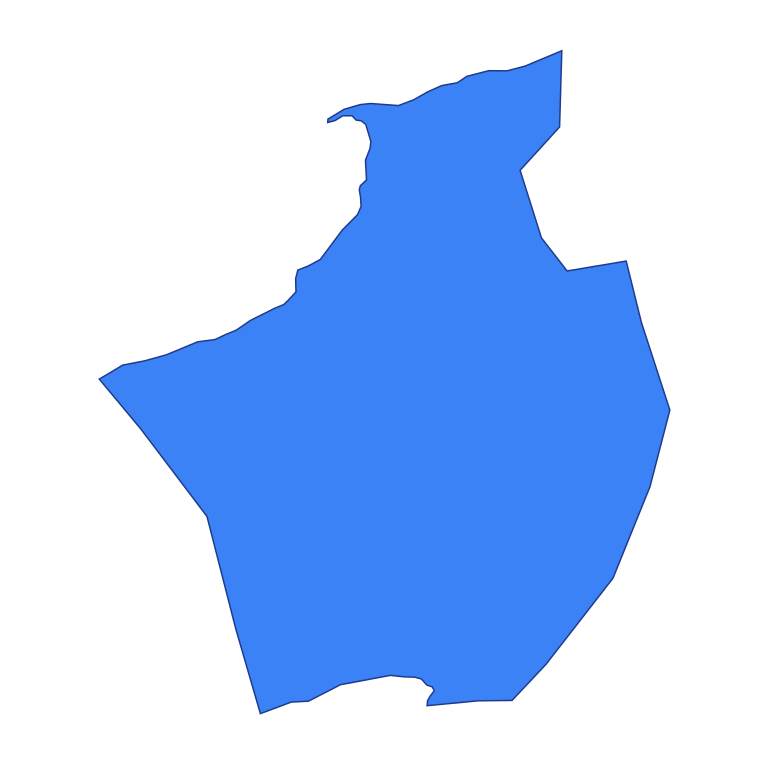 Accra Metropolis, Greater Accra, Ghana (Natural Earth projection), rotated 177°
{"feature_id": "2480657B11720749290533", "entity_name": "Accra Metropolis", "entity_type": "district", "adm_level": 2, "iso_a3": "GHA", "parent_name": "Ghana", "parent_adm1": "Greater Accra", "projection": "natural_earth1", "projection_center": [-0.21, 5.545], "detail": "fine", "context": "isolated", "style": "filled", "palette": "blue", "viewbox_px": 768, "rotation_deg": 177, "n_neighbors": 0, "source": "geoboundaries", "source_scale": "gbopen_adm2", "svg_char_len": 1125}
<svg xmlns="http://www.w3.org/2000/svg" viewBox="0 0 768 768"><g transform="rotate(177 384 384)"><path d="M121.4,423.3L123.8,432.3L135.7,494.1L195.2,487.3L219.1,521.6L236.9,590.3L195.2,631.5L189.0,707.5L226.8,694.0L244.7,690.3L262.9,691.4L274.3,689.1L285.2,686.9L295.0,681.0L310.7,679.0L324.8,673.6L339.7,666.2L355.0,661.3L382.6,664.8L392.9,664.3L409.5,660.4L426.1,651.5L426.5,648.1L418.9,649.7L411.2,654.0L401.8,653.5L398.0,649.0L392.9,648.0L388.6,644.1L384.4,626.8L385.7,619.8L390.8,608.5L390.8,588.7L397.2,583.3L398.5,579.3L397.6,571.4L397.6,562.5L401.5,554.6L417.7,539.8L441.1,511.7L453.8,505.7L464.1,502.3L466.7,493.9L467.1,480.6L475.2,472.7L479.9,468.6L489.3,465.3L514.0,454.5L528.7,445.5L539.5,441.7L550.6,437.2L567.8,435.9L600.0,424.5L622.1,419.6L643.8,416.6L668.1,403.8L629.2,351.8L567.7,261.0L544.8,147.1L524.7,61.3L493.3,71.2L476.1,71.2L443.2,86.0L392.9,92.7L379.2,90.5L368.5,89.6L362.0,87.4L357.1,81.2L351.7,79.0L349.8,75.1L354.0,70.2L357.1,65.4L357.8,60.5L306.3,62.7L272.7,61.3L236.9,95.6L207.1,130.0L165.5,178.1L123.8,267.4L99.9,343.0L121.4,423.3Z" fill="#3b82f6" stroke="#1e3a8a" stroke-width="1.5"/></g></svg>